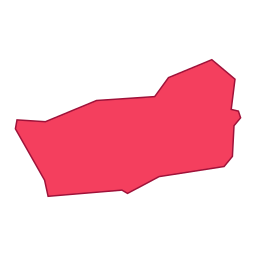 outline of Duk, Jonglei, South Sudan
{"feature_id": "79223893B68171722755013", "entity_name": "Duk", "entity_type": "district", "adm_level": 2, "iso_a3": "SSD", "parent_name": "South Sudan", "parent_adm1": "Jonglei", "projection": "albers", "projection_center": [31.227, 7.661], "detail": "fine", "context": "isolated", "style": "filled", "palette": "rose", "viewbox_px": 256, "rotation_deg": 0, "n_neighbors": 0, "source": "geoboundaries", "source_scale": "gbopen_adm2", "svg_char_len": 361}
<svg xmlns="http://www.w3.org/2000/svg" viewBox="0 0 256 256"><path d="M48.1,196.3L121.9,190.1L127.5,193.4L159.1,176.6L224.1,166.5L232.4,156.4L234.0,125.7L240.6,117.8L238.4,111.1L231.2,109.4L235.0,79.2L211.8,59.7L168.5,77.6L154.7,96.6L96.5,100.5L45.4,121.7L17.0,119.9L15.4,128.8L44.6,180.2L48.1,196.3Z" fill="#f43f5e" stroke="#9f1239" stroke-width="1.5"/></svg>